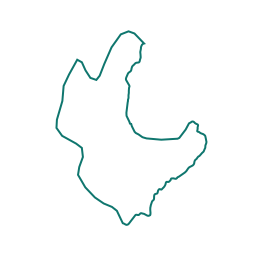 outline of Ihorombe, rotated 209°
{"feature_id": "MDG-5874", "entity_name": "Ihorombe", "entity_type": "Autonomous Province", "adm_level": 1, "iso_a3": "MDG", "parent_name": "Madagascar", "parent_adm1": "", "projection": "natural_earth1", "projection_center": [45.657, -22.685], "detail": "fine", "context": "isolated", "style": "outline", "palette": "teal", "viewbox_px": 256, "rotation_deg": 209, "n_neighbors": 0, "source": "natural_earth", "source_scale": "10m", "svg_char_len": 3271}
<svg xmlns="http://www.w3.org/2000/svg" viewBox="0 0 256 256"><g transform="rotate(209 128 128)"><path d="M190.6,93.4L194.2,100.8L198.5,119.8L204.7,133.6L205.5,146.2L205.5,156.8L205.5,163.1L200.2,163.1L193.1,157.8L185.2,153.6L179.0,154.7L178.1,160.0L179.8,172.6L181.5,190.6L179.7,206.4L174.4,212.8L168.2,213.8L154.9,209.7L155.4,209.2L155.8,208.7L155.9,208.3L156.1,207.5L156.1,206.9L156.0,206.0L155.8,204.9L155.1,203.5L154.1,200.4L153.5,199.5L152.6,198.2L151.2,196.0L150.9,195.1L150.6,193.4L150.2,192.3L150.1,191.4L150.3,190.7L150.8,190.2L152.1,189.3L152.6,188.8L153.0,188.1L153.4,186.5L153.6,185.8L153.9,185.0L154.1,184.2L154.1,183.4L153.7,181.6L153.4,180.8L153.2,180.0L153.2,179.1L153.5,178.3L154.2,176.8L154.4,176.0L154.4,175.3L154.0,171.3L153.7,170.1L153.2,169.3L152.5,168.8L147.5,165.8L147.1,165.4L146.8,164.9L146.6,163.8L146.4,163.3L145.2,160.7L144.4,159.3L143.8,157.9L143.7,157.5L143.5,157.0L142.2,154.7L142.0,154.1L141.8,153.2L141.7,152.7L141.0,151.3L140.8,150.5L136.8,140.6L135.4,138.3L135.0,137.8L129.9,134.2L128.4,132.8L127.2,133.1L125.6,131.5L120.4,127.9L118.7,127.4L115.7,127.5L111.2,127.0L110.2,127.1L106.7,127.9L93.2,133.9L79.4,142.7L78.3,144.3L76.8,154.6L76.9,161.6L75.8,163.3L75.4,164.2L75.4,164.3L74.5,165.1L74.1,165.2L73.6,165.2L73.1,165.2L71.9,164.8L71.0,164.7L69.4,164.8L68.6,164.8L68.2,164.5L67.9,164.1L67.8,163.7L67.4,162.3L67.1,161.6L66.8,161.3L66.5,160.5L66.2,159.5L66.0,158.9L65.7,158.7L65.3,158.6L64.1,158.9L63.6,158.9L62.3,158.7L61.9,158.7L59.1,159.1L58.4,159.0L57.3,158.8L56.8,158.6L56.4,158.3L54.3,155.9L53.6,155.0L53.0,154.3L52.8,154.1L52.6,153.7L52.4,153.3L52.2,152.7L52.1,152.1L51.9,150.6L51.8,150.2L51.4,149.3L51.2,148.9L50.9,148.3L50.8,147.8L50.8,147.3L50.7,146.1L50.5,144.9L50.5,144.3L50.5,143.8L51.1,142.1L51.8,138.8L52.1,137.9L52.6,137.2L52.7,136.8L52.8,136.4L52.9,136.0L53.0,134.8L53.0,134.5L53.1,134.1L53.6,132.9L53.7,132.4L53.7,131.9L53.7,131.4L53.6,130.9L52.9,128.9L52.9,128.4L52.9,127.9L53.0,127.4L53.1,127.0L53.3,126.5L55.3,123.5L55.6,122.7L55.8,121.7L56.0,119.5L56.1,118.5L56.7,116.6L59.7,110.5L60.1,109.8L60.3,109.5L60.6,109.2L60.8,108.8L60.9,108.3L60.9,107.8L61.1,107.4L61.3,107.0L61.6,106.7L62.4,106.4L64.0,105.9L65.0,105.3L65.3,105.1L65.6,104.8L65.7,104.4L65.7,103.9L65.5,103.0L65.6,102.5L66.1,100.9L66.4,100.5L66.7,100.3L67.8,99.8L68.1,99.6L68.3,99.2L68.4,98.8L68.3,98.3L67.9,96.9L67.8,96.3L67.8,95.7L67.8,94.5L68.0,93.5L68.1,93.0L68.4,92.2L68.7,90.8L68.9,90.4L69.2,90.2L69.6,90.1L70.5,90.0L70.8,89.8L71.1,89.5L71.3,88.6L71.3,87.9L71.2,87.2L70.8,86.0L70.7,85.3L70.8,84.8L71.9,83.7L72.2,83.4L72.4,83.0L72.5,82.6L72.4,81.9L72.1,81.0L71.3,79.5L70.9,78.6L70.7,77.9L70.8,77.5L70.9,77.0L71.2,76.2L71.3,75.7L71.3,75.2L70.6,71.5L70.4,70.9L70.2,70.3L69.8,69.0L68.8,67.1L67.2,64.7L66.6,63.5L66.4,62.6L66.6,62.2L66.8,61.9L67.3,61.3L67.6,61.1L68.3,60.8L69.2,60.7L72.2,60.7L75.1,59.9L75.4,59.7L75.7,59.4L75.8,59.0L76.1,58.1L76.2,57.6L76.4,57.3L76.6,57.0L77.0,56.8L77.4,56.6L78.2,56.4L78.5,56.2L78.9,56.0L79.1,55.7L79.3,55.3L80.9,44.6L81.1,44.2L81.2,43.8L81.4,43.4L81.7,43.1L82.0,42.9L82.3,42.6L82.7,42.5L83.1,42.4L85.5,42.4L86.4,42.2L97.6,50.2L103.8,51.2L112.7,50.2L123.3,51.2L136.6,55.4L149.0,62.8L151.7,70.2L153.4,80.8L158.7,88.2L165.8,89.2L174.7,89.2L181.8,89.2L190.6,93.4Z" fill="none" stroke="#0f766e" stroke-width="2"/></g></svg>